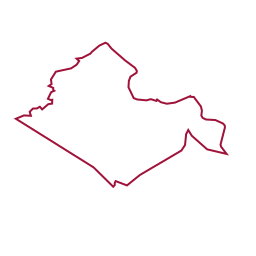 Lucan Lea-5, South Dublin, Ireland, rotated 41°
{"feature_id": "5873133B65409503618015", "entity_name": "Lucan Lea-5", "entity_type": "district", "adm_level": 2, "iso_a3": "IRL", "parent_name": "Ireland", "parent_adm1": "South Dublin", "projection": "mercator", "projection_center": [-6.46, 53.348], "detail": "fine", "context": "isolated", "style": "outline", "palette": "rose", "viewbox_px": 256, "rotation_deg": 41, "n_neighbors": 0, "source": "geoboundaries", "source_scale": "gbopen_adm2", "svg_char_len": 1021}
<svg xmlns="http://www.w3.org/2000/svg" viewBox="0 0 256 256"><g transform="rotate(41 128 128)"><path d="M219.4,82.9L210.4,81.0L208.7,79.8L200.8,64.0L199.3,62.6L196.6,62.3L188.7,64.7L181.3,70.4L177.7,71.4L175.2,70.5L172.4,66.4L168.9,63.9L157.3,61.4L154.7,63.5L154.1,63.1L146.8,78.0L141.4,84.2L135.8,87.0L131.3,87.4L131.7,88.9L126.3,91.3L123.7,95.1L116.1,100.5L112.7,101.7L101.6,96.9L97.7,91.8L96.2,87.6L98.2,80.6L97.2,79.1L93.7,78.0L81.7,78.9L63.6,78.9L57.4,77.8L55.0,78.5L52.3,84.6L50.7,94.7L50.7,94.8L50.9,96.3L47.3,105.3L43.7,109.4L47.2,109.5L47.7,114.0L45.9,120.4L36.6,132.8L38.0,141.9L41.5,145.0L40.6,148.3L45.2,146.8L46.7,148.4L47.9,148.3L46.5,151.4L48.4,158.5L51.5,157.5L52.3,156.4L54.7,159.4L52.2,162.3L51.0,170.3L47.5,169.8L46.5,172.9L43.5,175.7L43.2,180.3L46.7,182.5L41.2,186.8L37.3,194.6L127.9,180.3L155.4,182.0L155.4,179.7L154.1,178.3L153.5,176.2L164.9,172.0L167.8,155.6L183.1,110.0L182.2,103.4L175.9,94.5L174.8,90.0L181.2,92.0L201.7,92.2L219.4,82.9Z" fill="none" stroke="#9f1239" stroke-width="2"/></g></svg>